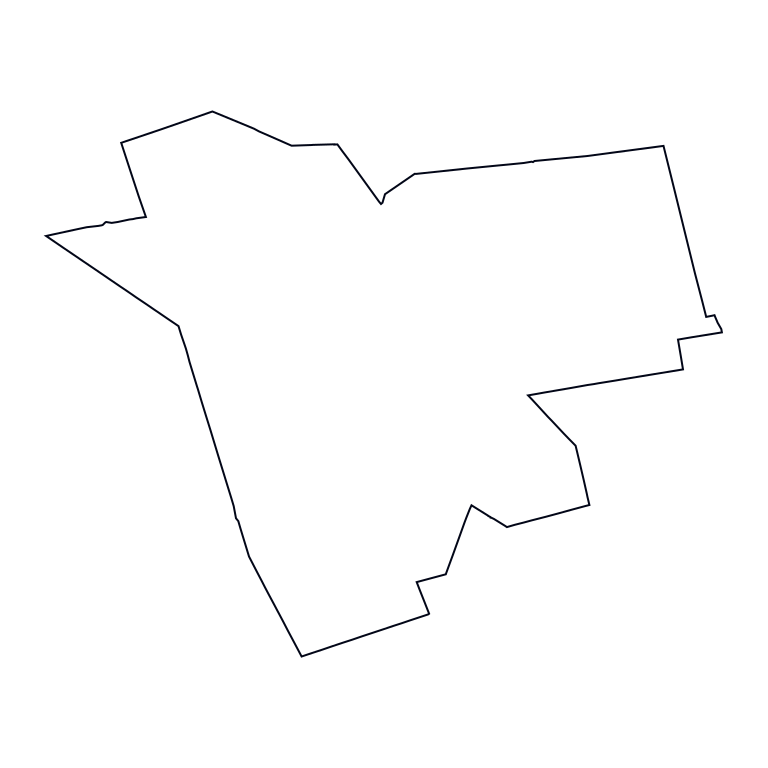 outline of Teremia Mare, Timis, Romania
{"feature_id": "2599482B72352087772427", "entity_name": "Teremia Mare", "entity_type": "district", "adm_level": 2, "iso_a3": "ROU", "parent_name": "Romania", "parent_adm1": "Timis", "projection": "albers", "projection_center": [20.537, 45.943], "detail": "fine", "context": "isolated", "style": "outline", "palette": "ink", "viewbox_px": 768, "rotation_deg": 0, "n_neighbors": 0, "source": "geoboundaries", "source_scale": "gbopen_adm2", "svg_char_len": 2325}
<svg xmlns="http://www.w3.org/2000/svg" viewBox="0 0 768 768"><path d="M683.0,369.4L680.9,356.7L678.0,339.6L691.5,337.3L721.9,332.4L721.3,329.1L717.5,322.5L717.3,321.9L715.2,317.0L714.5,315.2L712.3,315.7L706.2,316.9L702.3,301.5L694.9,273.1L674.3,189.4L663.5,145.9L587.2,156.0L554.5,159.1L534.5,161.0L533.0,162.1L531.7,161.7L523.7,163.0L508.5,164.5L497.9,165.5L467.2,168.5L416.1,173.9L414.7,173.8L385.0,194.2L382.5,202.7L381.0,204.0L379.0,201.6L348.8,159.8L342.2,151.0L339.0,146.6L337.4,144.4L334.4,144.6L334.4,144.3L312.6,144.9L312.2,145.0L291.6,145.7L259.0,131.4L254.0,128.7L212.4,111.5L160.7,129.5L121.2,142.8L128.3,164.6L138.7,196.3L145.9,217.0L136.3,218.3L132.9,219.1L129.4,219.5L117.7,222.0L111.7,222.9L106.1,222.0L105.2,222.5L102.8,224.9L101.8,225.3L98.4,225.9L86.8,227.2L77.3,229.2L52.8,234.5L46.1,236.0L54.6,241.8L63.8,248.1L73.4,254.6L82.5,260.8L91.8,267.1L100.9,273.3L110.4,279.8L119.5,286.0L128.1,291.8L136.5,297.6L145.3,303.5L153.9,309.4L162.6,315.3L168.3,319.2L178.5,326.1L181.1,334.6L183.3,341.0L185.9,348.6L187.8,355.3L189.5,361.9L193.2,374.0L196.9,386.1L197.9,389.2L201.7,401.9L206.2,416.5L210.6,430.6L214.6,443.8L218.3,456.0L223.0,471.2L226.5,482.6L231.4,498.4L233.7,506.1L236.0,518.3L238.3,521.1L240.4,528.3L243.1,537.2L246.2,547.3L249.0,556.5L256.5,571.0L261.9,581.3L264.8,587.0L268.6,594.2L274.8,605.8L277.7,611.3L278.8,613.3L283.4,622.0L287.9,630.7L292.7,639.7L297.1,648.0L301.6,656.5L312.1,653.0L322.2,649.7L332.4,646.2L342.9,642.7L352.2,639.7L361.8,636.4L371.8,633.1L384.2,629.0L393.4,625.9L401.5,623.3L410.0,620.4L418.8,617.5L428.2,614.4L429.1,613.7L424.3,601.5L419.7,589.9L416.7,582.1L426.0,579.6L437.6,576.5L445.8,574.3L446.2,573.1L449.2,564.9L452.7,555.4L455.9,546.5L459.4,536.8L462.7,527.6L464.6,522.3L466.3,517.8L469.8,509.0L471.5,505.3L478.7,509.8L488.3,515.8L488.3,516.0L490.4,517.0L490.5,517.6L491.5,517.8L492.8,518.4L494.2,519.1L495.3,519.8L505.3,526.0L506.9,527.1L514.8,524.8L523.9,522.5L531.6,520.4L545.7,516.8L558.0,513.5L571.0,509.9L585.1,506.1L589.4,505.0L587.5,497.1L586.8,493.7L583.8,480.4L580.4,465.8L577.2,452.3L575.6,445.7L568.9,438.9L563.8,433.6L551.8,420.8L547.9,416.8L532.4,399.9L528.1,395.4L538.4,393.6L543.9,392.6L571.4,387.9L587.6,385.0L593.8,384.1L598.2,383.3L615.7,380.5L625.2,378.9L652.5,374.4L679.4,370.0L683.0,369.4Z" fill="none" stroke="#020617" stroke-width="2"/></svg>